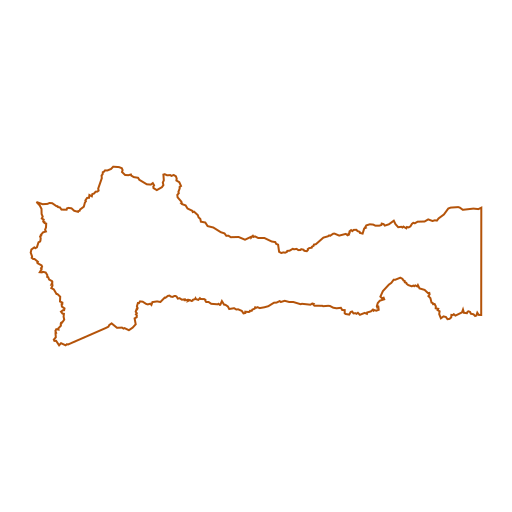 the district of Alto Alegre, Roraima, Brazil
{"feature_id": "56859067B49514522744018", "entity_name": "Alto Alegre", "entity_type": "district", "adm_level": 2, "iso_a3": "BRA", "parent_name": "Brazil", "parent_adm1": "Roraima", "projection": "mercator", "projection_center": [-62.757, 3.103], "detail": "fine", "context": "isolated", "style": "outline", "palette": "amber", "viewbox_px": 512, "rotation_deg": 0, "n_neighbors": 0, "source": "geoboundaries", "source_scale": "gbopen_adm2", "svg_char_len": 6004}
<svg xmlns="http://www.w3.org/2000/svg" viewBox="0 0 512 512"><path d="M36.5,202.0L39.7,205.4L41.5,208.9L41.6,214.0L42.7,216.6L41.8,218.5L43.7,219.6L43.2,221.4L43.7,222.2L44.5,222.1L44.7,223.1L46.2,223.6L46.0,227.4L45.1,229.7L45.9,231.5L43.1,232.3L40.9,234.9L41.2,235.6L40.1,236.4L40.7,238.3L40.4,240.7L40.1,241.5L38.5,242.3L36.9,247.3L35.3,248.2L34.3,247.4L31.4,249.5L30.7,252.6L32.1,256.5L31.7,257.8L33.2,259.0L34.5,259.0L37.9,261.8L37.3,262.8L37.9,263.4L41.6,265.4L42.1,266.8L41.0,268.2L41.7,269.0L39.8,272.2L42.0,272.4L42.8,271.8L45.7,272.5L47.3,275.1L47.2,276.9L48.2,277.2L49.1,279.5L52.1,281.2L52.4,282.0L51.5,284.3L52.3,284.0L52.5,285.7L51.3,288.1L53.8,289.4L56.5,294.0L57.5,294.1L60.2,296.7L60.0,301.5L62.4,302.6L62.3,304.0L61.6,304.2L61.9,306.6L64.5,308.4L64.1,310.2L62.8,310.3L61.0,311.7L62.5,313.6L63.9,313.8L63.6,316.7L64.2,319.6L62.7,321.8L61.2,322.7L61.5,323.4L60.7,324.0L60.9,325.7L58.3,328.4L58.5,329.6L56.3,329.2L55.4,330.9L56.1,332.9L55.5,333.1L55.8,337.3L53.8,339.6L54.4,340.9L56.1,340.8L59.1,345.3L61.0,343.2L65.6,345.3L66.9,344.2L68.0,344.5L105.8,328.0L108.4,326.7L109.3,325.0L111.6,323.4L117.0,327.8L122.0,327.6L123.5,328.6L124.5,328.1L128.9,330.2L132.7,327.6L135.7,324.3L134.6,318.4L136.7,317.2L136.8,315.3L135.9,314.3L136.8,313.2L135.7,311.7L136.3,309.9L137.1,309.5L136.8,308.5L137.6,308.0L136.9,306.3L137.9,303.0L139.0,303.1L140.0,301.4L142.7,301.7L146.1,303.9L147.8,304.4L150.3,303.7L151.4,304.9L152.4,302.1L157.1,301.4L160.4,302.0L164.7,297.6L165.4,297.8L167.9,295.9L169.5,295.6L170.8,296.6L172.7,296.9L174.3,296.0L175.6,296.0L176.7,296.7L177.8,298.6L179.6,298.2L181.9,299.7L184.1,299.4L184.4,300.0L185.1,299.4L186.1,300.4L188.0,299.7L189.2,300.0L188.8,300.6L189.9,300.1L191.6,301.0L192.5,300.7L192.9,299.8L195.1,299.1L195.5,298.3L195.9,299.1L198.3,299.9L199.9,298.2L200.6,299.0L204.2,299.1L205.4,299.8L205.3,300.7L206.2,302.0L208.6,302.0L211.2,303.8L217.6,304.3L218.5,303.8L219.8,304.9L220.3,304.8L221.9,301.1L224.1,304.7L225.4,304.8L227.9,306.5L229.2,309.0L234.1,308.2L236.3,309.5L238.1,309.3L241.8,310.9L243.5,313.4L245.3,313.0L245.3,311.7L248.7,312.0L249.5,311.8L249.9,310.8L251.7,310.8L252.3,309.6L254.6,308.7L255.2,307.3L256.1,307.8L257.5,307.2L259.7,308.1L264.3,307.3L268.3,306.2L274.0,302.7L276.5,302.6L279.7,301.1L280.8,302.0L284.7,300.8L289.2,302.0L293.3,302.0L300.6,304.2L302.0,303.8L310.4,304.7L312.3,303.5L313.4,303.8L313.0,304.2L314.4,305.7L322.3,305.8L323.1,306.2L328.3,305.8L330.0,306.0L333.2,307.7L336.6,308.3L340.9,307.8L342.2,310.0L344.7,310.1L344.7,313.3L345.6,314.0L349.2,314.6L350.7,312.0L352.1,311.5L353.5,313.4L355.4,313.2L356.5,313.8L357.9,312.8L359.9,314.8L364.7,312.9L366.9,313.8L367.1,312.5L370.9,311.4L372.9,309.6L373.6,310.7L374.3,310.1L376.3,310.7L378.7,309.8L378.3,306.4L377.6,306.2L377.1,307.0L376.8,306.2L377.8,303.0L379.8,300.7L384.2,299.3L383.6,297.7L382.0,298.3L380.4,296.6L382.9,291.1L388.9,284.6L391.3,282.9L393.7,279.7L395.1,279.8L400.3,277.7L402.4,278.8L403.5,280.5L404.7,281.0L404.8,282.3L406.3,282.8L406.6,283.8L408.3,285.1L411.8,286.3L413.3,285.6L414.2,286.2L415.3,285.4L417.2,286.4L417.9,285.1L419.5,288.4L424.6,289.9L428.0,293.1L429.3,292.9L429.6,294.3L428.4,296.1L430.4,298.1L431.5,302.6L432.7,303.0L433.1,304.2L434.6,304.0L435.8,306.3L435.7,308.3L438.2,308.8L437.6,310.1L439.6,311.3L439.2,314.1L440.9,318.3L443.5,316.4L445.9,317.0L447.5,319.2L449.5,318.9L451.2,317.4L451.4,314.9L452.8,315.1L453.8,314.2L455.4,315.6L462.0,312.4L463.0,309.6L463.9,312.8L466.9,313.2L467.6,311.7L468.5,311.3L470.1,312.0L470.8,313.7L473.5,314.3L475.1,316.0L476.4,315.5L477.3,312.7L478.7,314.9L481.2,315.0L481.3,207.7L478.4,209.1L473.4,208.6L462.8,209.8L459.8,207.6L458.2,207.1L450.7,207.6L448.3,208.5L443.9,214.5L438.6,218.4L436.9,220.6L434.8,220.3L432.5,221.0L428.2,219.4L424.6,221.5L417.6,221.7L414.8,223.3L413.3,222.8L411.9,223.9L410.4,226.4L408.6,227.4L406.9,227.0L406.3,228.3L403.4,226.6L402.5,227.5L401.3,226.8L398.2,227.2L395.5,224.2L393.8,220.7L388.9,224.3L384.8,225.6L383.6,224.1L381.7,223.6L381.4,225.0L379.2,225.7L375.4,225.7L373.2,224.6L369.8,224.3L366.3,225.4L365.2,227.3L365.7,227.8L364.2,228.5L362.6,233.6L359.9,232.9L359.6,231.8L357.5,231.1L356.4,229.8L353.7,229.9L352.3,231.1L351.1,230.1L349.5,231.4L349.7,232.7L348.6,233.5L349.0,234.6L347.6,235.3L345.8,233.9L339.2,235.6L334.5,233.6L333.2,233.7L330.1,235.8L329.1,235.4L328.0,236.3L323.4,237.6L315.9,244.2L313.9,244.6L313.6,245.8L312.0,246.7L311.7,247.7L309.2,248.1L307.8,249.1L307.9,250.0L306.8,251.2L304.3,250.8L303.5,249.7L301.2,249.2L300.4,250.0L298.3,250.1L296.6,248.9L294.0,249.3L292.8,248.8L289.6,250.7L287.3,250.9L286.9,251.9L285.1,252.7L283.4,252.4L281.3,253.0L279.1,251.8L278.1,244.7L276.1,243.8L275.3,242.1L271.7,241.5L264.4,238.0L258.2,238.0L255.0,236.4L253.6,236.9L252.9,235.8L251.1,237.7L250.9,236.9L245.0,239.7L238.6,237.0L230.8,237.2L228.4,235.7L226.3,235.8L224.5,233.4L220.8,232.2L213.3,227.5L207.6,226.1L205.3,222.5L200.9,221.7L200.3,218.9L198.6,217.4L197.8,215.1L194.1,211.7L192.8,212.1L192.3,210.8L187.5,208.5L185.6,205.4L182.0,204.1L181.3,203.4L181.8,203.2L181.4,201.7L177.6,197.3L177.3,194.9L178.8,193.2L178.4,191.9L179.7,188.4L179.6,187.0L181.0,186.0L179.3,182.2L176.4,180.5L176.7,178.6L175.9,176.3L173.7,175.0L171.4,175.9L170.3,175.1L167.1,175.3L164.7,174.2L163.4,174.6L163.8,180.3L162.8,182.6L163.4,185.1L161.9,187.2L156.8,190.1L153.5,188.1L153.3,186.5L154.1,185.3L152.8,183.1L150.8,184.6L146.8,184.3L139.3,179.8L138.1,177.8L133.8,177.1L131.3,175.6L130.9,174.5L128.4,175.2L125.1,175.0L122.0,172.0L122.6,170.1L121.8,168.2L119.0,167.1L113.2,166.7L111.0,169.0L107.3,170.5L105.0,170.4L104.0,171.7L102.8,172.2L102.6,174.3L101.6,175.5L101.8,178.2L98.2,188.6L98.6,190.6L97.3,191.6L95.6,191.7L94.1,193.5L92.3,194.1L91.8,196.3L89.4,195.0L89.0,197.8L87.1,197.9L85.4,200.4L85.9,201.2L84.9,202.6L83.8,206.7L80.1,209.5L79.6,210.8L78.2,211.1L78.0,211.8L74.2,210.8L71.5,208.3L68.5,207.9L67.1,208.3L66.6,209.7L61.5,209.6L59.9,207.4L58.0,207.1L57.5,206.2L56.5,206.2L52.2,203.2L49.5,203.0L47.4,203.9L42.6,204.2L36.5,202.0Z" fill="none" stroke="#b45309" stroke-width="2"/></svg>